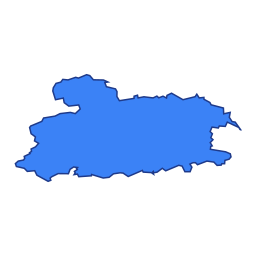 Macroom Lea-6, Cork, Ireland (Robinson projection)
{"feature_id": "5873133B25756375031462", "entity_name": "Macroom Lea-6", "entity_type": "district", "adm_level": 2, "iso_a3": "IRL", "parent_name": "Ireland", "parent_adm1": "Cork", "projection": "robinson", "projection_center": [-8.909, 51.94], "detail": "medium", "context": "isolated", "style": "filled", "palette": "blue", "viewbox_px": 256, "rotation_deg": 0, "n_neighbors": 0, "source": "geoboundaries", "source_scale": "gbopen_adm2", "svg_char_len": 1830}
<svg xmlns="http://www.w3.org/2000/svg" viewBox="0 0 256 256"><path d="M62.8,79.4L60.8,82.1L56.0,83.4L53.3,87.8L52.8,91.0L55.5,99.7L63.3,98.1L64.2,102.7L68.8,106.1L78.7,105.0L80.2,109.0L75.3,113.6L70.3,112.4L60.1,113.6L55.1,116.1L43.6,118.0L41.8,121.4L30.7,126.0L29.6,127.5L31.1,133.7L35.4,136.9L34.5,140.9L38.6,143.3L35.5,146.9L31.1,149.0L31.5,151.3L29.5,152.8L30.0,153.6L24.2,156.4L24.7,158.3L23.6,160.0L18.2,161.1L15.4,163.6L16.4,166.5L24.3,168.3L27.3,171.4L34.7,170.7L36.9,175.2L48.1,181.3L50.8,180.3L50.1,178.1L51.6,176.8L58.1,173.6L68.4,173.7L70.1,169.3L73.6,167.0L77.5,167.5L76.5,168.5L77.3,169.5L74.4,171.4L75.2,172.9L74.1,174.6L77.4,174.1L78.8,176.7L91.4,175.8L91.6,174.5L103.2,178.0L109.1,177.3L113.5,173.8L120.1,172.8L123.1,173.1L128.2,176.5L142.4,170.4L143.2,172.1L151.3,172.6L153.5,174.1L152.8,171.9L153.3,171.4L153.7,172.8L157.2,172.1L162.3,168.3L165.7,170.8L178.8,165.3L182.1,166.1L184.9,171.7L190.1,171.7L191.9,167.2L189.9,164.1L192.9,162.7L195.5,162.7L197.5,164.7L206.9,161.1L213.9,162.1L217.1,165.4L221.2,165.1L221.8,163.7L224.6,163.7L224.9,160.4L229.1,159.2L231.0,156.9L230.3,153.8L225.6,151.8L210.4,149.3L210.7,146.4L212.2,145.9L210.2,142.6L213.0,139.7L210.8,137.7L212.4,133.8L210.1,131.6L212.0,127.1L218.3,128.0L219.3,126.0L225.3,126.4L227.3,122.1L238.9,127.5L239.8,129.2L240.4,129.7L240.6,129.7L235.2,122.1L232.1,121.6L229.3,117.3L230.2,112.4L223.7,113.8L223.4,108.0L211.1,104.8L209.9,102.5L204.0,99.3L203.9,97.4L199.2,97.9L196.8,94.2L195.1,96.7L183.0,99.7L171.5,93.2L167.0,95.4L166.5,98.0L163.0,96.2L158.8,97.8L156.9,96.1L153.1,97.9L143.9,96.8L138.1,97.9L137.5,95.2L134.1,96.2L134.0,98.4L119.4,100.7L116.9,96.5L117.0,91.6L115.5,88.9L106.4,86.7L104.8,82.5L107.9,82.0L103.5,80.0L93.4,79.8L89.8,75.6L86.6,74.7L78.4,78.1L75.7,77.3L68.1,79.9L62.8,79.4Z" fill="#3b82f6" stroke="#1e3a8a" stroke-width="1.5"/></svg>